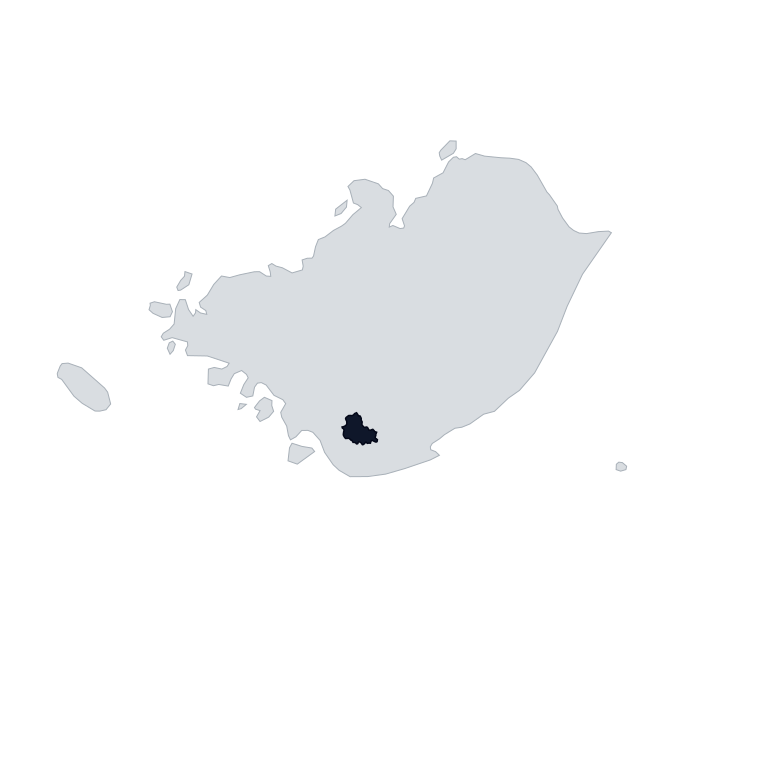 location of Miryang-si, South Gyeongsang, South Korea, rotated 58°
{"feature_id": "91817680B88513858108060", "entity_name": "Miryang-si", "entity_type": "district", "adm_level": 2, "iso_a3": "KOR", "parent_name": "South Korea", "parent_adm1": "South Gyeongsang", "projection": "mercator", "projection_center": [128.832, 35.493], "detail": "fine", "context": "in_parent", "style": "filled", "palette": "ink", "viewbox_px": 768, "rotation_deg": 58, "n_neighbors": 0, "source": "geoboundaries", "source_scale": "gbopen_adm2", "svg_char_len": 4538}
<svg xmlns="http://www.w3.org/2000/svg" viewBox="0 0 768 768"><g transform="rotate(58 384 384)"><path d="M234.3,198.3L236.8,196.3L236.9,193.5L237.0,184.3L244.1,177.9L254.2,164.8L259.2,157.6L264.9,150.8L271.5,146.3L277.9,144.2L288.1,143.3L307.5,144.1L311.3,143.4L324.9,142.7L328.1,143.9L337.9,144.6L348.8,143.8L354.3,141.8L359.4,138.5L363.8,132.5L368.4,121.4L373.3,112.6L376.2,111.0L396.1,157.5L415.1,187.4L431.3,209.0L454.4,250.4L461.2,272.5L461.9,286.1L465.7,304.8L462.4,315.5L463.4,332.3L461.9,340.9L459.1,347.3L459.0,359.5L459.9,366.0L460.0,374.6L461.8,378.0L464.5,379.2L468.7,376.1L473.8,374.8L472.9,385.1L466.7,411.3L461.3,430.3L453.9,446.8L444.6,461.9L433.4,467.8L425.5,469.9L410.5,470.6L398.0,468.1L387.3,469.9L383.0,473.1L379.8,478.4L382.1,486.7L381.8,492.9L377.2,492.4L368.1,488.8L358.0,488.3L353.3,486.6L348.6,477.8L343.7,478.1L335.3,483.3L322.4,484.5L317.8,487.3L316.2,490.9L318.1,495.5L324.6,501.6L322.4,507.7L315.7,510.7L310.2,503.2L306.8,495.9L303.0,495.5L297.1,497.6L295.9,505.5L298.6,510.9L303.2,517.2L296.8,524.4L295.1,529.5L290.6,533.2L278.3,525.0L280.0,519.2L285.4,513.6L286.0,507.8L284.3,504.3L266.6,519.0L255.8,535.6L250.0,534.4L247.5,530.1L244.1,528.4L232.4,539.1L230.2,547.6L225.9,547.9L224.0,544.3L223.9,536.7L221.9,530.2L209.7,520.7L204.2,512.4L207.2,507.8L217.3,510.3L225.4,510.0L223.8,506.1L221.2,504.2L226.5,502.0L231.0,497.4L227.3,496.2L221.6,498.8L216.9,497.5L215.0,486.7L209.3,475.5L206.3,464.6L212.0,458.4L214.9,448.6L220.1,434.5L222.8,430.0L230.1,426.6L232.7,423.0L228.7,421.1L222.3,419.4L222.4,415.3L226.8,413.1L231.6,408.6L241.1,403.1L244.0,392.8L241.3,390.1L235.4,387.7L236.7,382.4L239.1,378.4L238.2,376.0L231.3,369.3L226.7,363.1L228.0,356.1L227.0,345.4L227.6,336.5L227.3,331.6L223.9,320.6L222.4,309.7L217.9,311.3L214.3,314.0L201.4,310.1L197.4,309.9L195.7,301.7L200.3,291.6L211.3,282.7L217.6,281.6L222.3,277.7L229.7,276.5L238.6,282.5L246.6,283.7L251.0,294.2L253.7,296.4L254.3,292.5L260.7,288.0L262.2,284.7L260.8,282.8L253.4,281.0L246.8,268.0L245.9,262.3L243.4,258.7L247.0,248.3L239.4,236.5L235.6,232.7L236.2,222.0L232.1,215.2L229.9,211.5L228.5,205.0L229.7,202.1L233.2,201.0L234.3,198.3ZM209.3,654.9L205.6,657.0L202.2,655.7L201.3,654.7L197.2,649.1L196.1,646.2L198.9,640.8L210.1,631.8L239.3,623.1L244.5,622.7L256.1,626.4L258.5,633.4L256.4,639.4L253.8,643.4L240.4,650.2L230.0,653.4L209.3,654.9ZM406.0,500.0L398.3,506.1L388.0,497.9L385.5,493.4L393.4,486.7L400.1,479.1L404.5,478.6L406.0,500.0ZM351.0,499.3L350.1,509.0L344.3,509.5L340.9,503.2L337.2,506.3L335.3,506.3L332.4,498.5L331.9,492.5L338.7,487.8L342.8,490.6L348.7,492.1L351.0,499.3ZM201.7,542.4L196.5,543.9L193.5,540.5L191.5,539.6L192.6,535.1L201.1,526.3L202.8,523.3L210.6,525.1L213.6,529.8L210.0,536.9L201.7,542.4ZM225.1,202.9L224.7,216.5L220.2,215.9L217.1,214.6L215.8,211.9L212.7,199.3L216.2,194.1L222.8,198.2L225.1,202.9ZM196.6,506.7L195.6,509.1L192.0,508.4L188.4,501.5L186.9,496.1L183.2,493.2L189.0,488.5L196.4,496.9L196.6,506.7ZM216.7,330.1L215.5,336.6L210.1,332.3L208.6,317.9L214.1,322.1L216.7,330.1ZM583.3,229.5L579.6,232.5L575.2,229.5L574.7,226.3L577.0,223.5L582.3,221.8L584.8,224.2L583.3,229.5ZM244.0,545.0L245.4,549.7L238.8,548.8L235.3,544.3L235.7,540.4L239.7,539.9L244.0,545.0ZM329.2,518.2L328.3,521.3L324.2,516.6L328.3,511.5L329.2,518.2Z" fill="#d9dde1" stroke="#a8b0b8" stroke-width="1"/><path d="M427.8,419.1L426.4,419.5L425.7,420.0L424.7,419.8L424.1,419.2L423.2,418.1L422.3,417.6L421.8,416.8L421.0,415.8L420.0,416.6L419.5,417.1L418.3,417.1L416.5,417.5L416.1,419.0L416.0,420.1L415.1,421.1L413.8,421.1L412.1,421.0L411.3,421.5L410.9,422.2L410.9,423.1L410.2,423.7L408.9,424.1L406.7,424.3L404.6,422.6L402.9,422.5L401.7,422.0L401.1,421.5L399.8,421.3L398.3,421.3L397.5,422.5L396.0,422.4L393.8,422.5L393.5,424.7L394.0,426.0L394.0,427.2L393.8,428.0L393.0,429.0L392.0,430.7L392.3,434.0L393.1,435.0L394.7,435.3L396.0,435.4L398.3,436.8L399.0,438.6L398.7,441.1L398.2,442.3L399.2,442.7L400.7,442.1L401.9,442.3L403.2,443.6L404.5,444.7L405.6,445.5L407.3,445.7L408.3,445.7L408.7,445.7L409.9,445.4L411.4,442.6L412.7,442.1L414.1,441.8L414.8,441.1L417.1,441.2L417.6,440.4L418.6,439.3L420.1,439.1L420.4,438.9L420.7,438.0L420.5,437.5L419.9,437.0L419.6,436.1L420.2,435.4L421.0,434.9L421.6,434.6L422.3,434.6L424.0,434.5L424.3,434.1L424.4,433.4L424.3,432.6L424.2,431.7L423.8,431.2L423.5,430.6L423.7,430.1L424.3,429.8L425.4,429.7L425.7,429.3L426.0,428.2L427.0,427.0L426.9,426.7L426.3,426.2L425.3,424.7L425.9,423.5L426.5,423.3L428.1,422.3L428.6,422.0L429.2,421.1L429.2,420.4L428.2,419.5L427.8,419.1Z" fill="#0f172a" stroke="#020617" stroke-width="1.5"/></g></svg>